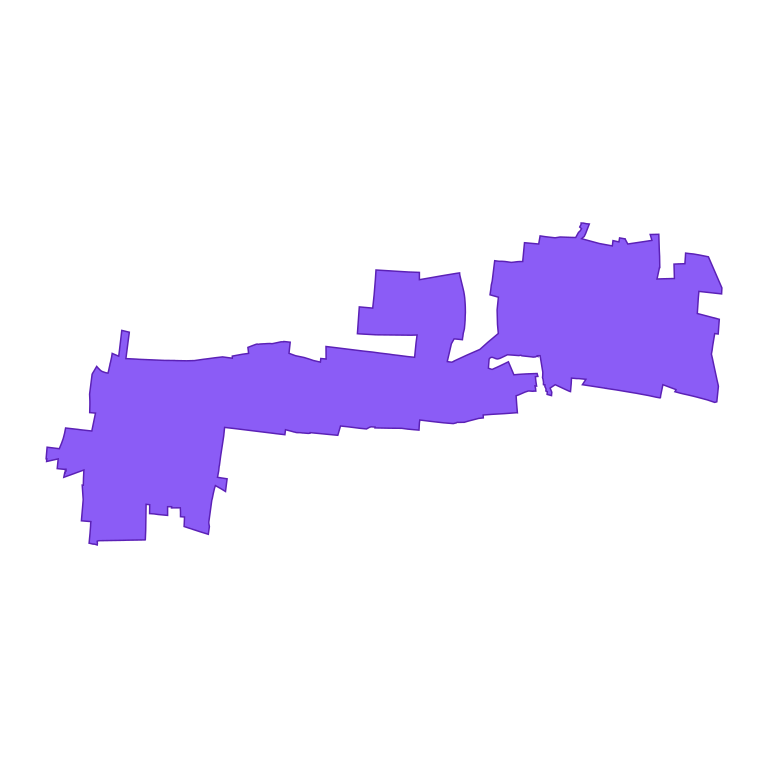 outline of Dzilam González, Yucatán, Mexico
{"feature_id": "50627088B25525768162846", "entity_name": "Dzilam González", "entity_type": "district", "adm_level": 2, "iso_a3": "MEX", "parent_name": "Mexico", "parent_adm1": "Yucatán", "projection": "natural_earth1", "projection_center": [-88.758, 21.324], "detail": "fine", "context": "isolated", "style": "filled", "palette": "violet", "viewbox_px": 768, "rotation_deg": 0, "n_neighbors": 0, "source": "geoboundaries", "source_scale": "gbopen_adm2", "svg_char_len": 6050}
<svg xmlns="http://www.w3.org/2000/svg" viewBox="0 0 768 768"><path d="M650.2,234.5L651.9,240.4L643.3,241.7L627.8,244.0L625.2,239.2L625.2,238.9L619.6,237.9L618.9,241.9L613.0,240.6L612.3,245.9L599.3,243.5L581.6,238.7L583.0,237.4L584.2,236.5L585.6,233.6L589.3,224.0L586.3,223.7L583.5,223.1L581.1,223.0L581.1,224.4L579.7,227.0L581.5,228.7L580.3,230.7L578.5,232.4L575.7,237.5L571.2,237.4L560.1,237.0L555.1,237.8L546.2,236.8L540.1,235.9L538.7,244.0L524.5,242.7L522.7,261.5L518.2,261.6L513.3,262.2L511.3,262.4L505.0,261.5L502.2,261.3L500.8,261.3L499.2,261.3L497.6,261.1L496.1,260.9L494.7,260.7L492.2,281.1L491.3,284.9L490.8,289.4L490.0,294.8L498.4,297.2L497.1,309.9L497.5,324.5L498.3,333.5L492.6,338.3L487.8,342.3L479.9,349.4L466.9,355.1L453.9,361.1L453.9,361.3L452.0,362.1L451.7,362.2L447.3,361.6L447.3,361.2L449.3,352.8L451.4,343.7L454.1,338.9L455.8,339.0L462.4,339.7L462.6,337.8L462.9,336.3L463.0,335.3L463.3,333.0L463.6,332.0L464.4,328.7L464.8,324.4L465.1,320.2L465.2,316.1L465.4,312.4L465.3,307.0L465.2,304.6L465.0,301.4L464.7,297.7L464.3,294.7L463.8,291.8L462.8,287.5L460.5,278.1L459.9,275.5L459.7,274.3L459.6,272.9L456.1,273.4L441.6,275.8L431.4,277.6L419.4,279.7L419.4,272.4L408.6,272.0L376.0,270.0L375.4,279.2L374.1,295.0L373.3,302.6L372.7,308.1L359.3,306.9L357.4,333.7L359.8,333.9L376.1,334.8L411.3,335.2L417.1,335.0L416.1,342.4L414.6,357.3L407.8,356.6L402.4,355.9L397.7,355.3L393.3,354.8L389.3,354.2L380.0,353.1L372.8,352.1L362.7,351.0L348.1,349.2L335.2,347.6L326.0,346.5L326.1,359.0L320.8,358.5L320.4,362.1L313.4,360.5L309.6,359.2L304.1,357.5L295.5,355.7L289.0,353.3L290.2,342.2L283.9,341.5L283.8,341.8L281.1,341.8L273.6,343.4L272.0,343.7L269.9,343.5L266.9,343.6L264.3,343.8L262.9,343.8L261.9,344.0L261.5,343.9L259.3,344.1L259.0,344.2L258.5,344.3L257.4,344.1L257.1,344.1L256.3,344.2L252.5,345.6L247.9,347.4L248.6,353.4L242.6,354.2L232.3,356.1L232.3,358.2L222.6,356.9L215.6,357.7L206.6,358.9L203.3,359.3L194.3,360.6L193.7,360.6L186.6,360.8L175.7,360.6L174.8,360.5L164.3,360.4L138.9,359.3L136.2,359.1L125.9,358.6L126.5,353.9L128.4,339.2L129.1,334.0L129.3,332.2L121.8,330.4L120.6,340.6L119.4,350.8L118.7,356.2L112.4,353.5L112.2,353.4L111.6,357.2L110.8,360.8L110.5,362.2L110.0,364.0L109.9,364.8L109.3,367.5L109.0,368.8L108.9,369.4L108.0,373.1L106.6,372.9L105.4,372.6L102.5,371.6L101.8,371.3L100.8,370.6L100.2,370.1L99.7,369.6L99.3,369.2L98.6,368.5L98.1,368.0L96.7,366.4L93.7,371.5L92.7,373.1L92.1,374.3L89.6,394.1L89.9,401.1L89.9,404.8L89.7,412.6L95.5,413.1L91.8,431.0L80.8,429.8L78.0,429.4L75.3,429.1L65.6,428.0L64.6,433.2L63.6,437.1L63.1,438.9L61.6,443.1L59.3,448.7L47.1,447.2L46.1,458.8L46.8,458.8L46.6,461.5L58.2,458.9L57.2,468.6L60.9,469.0L64.1,469.3L66.0,469.2L66.1,470.9L65.2,470.9L65.1,472.9L64.7,472.8L63.8,477.3L80.3,471.3L83.9,470.0L83.5,477.9L83.3,485.2L82.2,485.1L83.2,499.7L81.4,520.8L90.9,521.6L90.6,524.3L90.6,525.7L90.0,533.7L89.1,543.2L90.2,543.4L91.3,543.7L93.0,544.1L94.2,544.1L95.1,544.3L97.2,545.0L97.4,543.7L97.2,541.2L98.7,540.7L123.9,540.3L126.6,540.2L145.2,539.9L145.3,539.8L145.7,530.2L145.8,523.3L146.1,504.3L149.7,504.7L149.6,513.6L154.0,513.9L158.1,514.5L164.5,515.1L167.6,515.4L167.6,506.7L168.9,506.7L171.6,506.7L171.5,507.9L180.3,507.8L180.5,512.0L180.5,516.7L184.5,517.0L184.4,519.8L184.1,526.5L186.2,527.2L187.7,527.7L189.5,528.3L199.9,531.7L208.3,534.3L209.4,526.6L208.9,523.7L208.8,522.2L211.8,500.2L212.3,498.5L213.2,493.9L214.5,488.3L215.4,485.6L216.3,486.1L220.6,488.5L225.5,491.5L227.1,478.8L224.5,478.4L221.2,477.9L217.5,477.3L218.7,470.9L219.2,466.0L219.4,465.6L220.7,455.7L222.4,444.7L223.7,436.1L224.6,427.4L236.6,428.8L273.3,433.3L275.5,433.6L284.9,434.7L285.5,429.7L291.2,431.2L292.3,431.5L294.0,432.0L294.8,432.1L296.4,432.6L300.7,432.7L302.7,433.0L303.5,433.0L308.3,433.4L310.1,433.2L310.2,432.6L313.8,433.0L337.8,435.3L340.5,426.0L348.0,426.8L360.0,428.3L366.1,428.9L366.6,428.9L369.5,427.3L371.1,426.8L372.6,426.9L375.1,427.1L375.0,427.9L390.0,428.2L401.6,428.3L407.7,429.1L414.0,429.7L419.0,430.1L419.4,423.0L419.8,420.0L431.9,421.5L443.4,422.8L453.3,423.6L456.5,422.8L457.1,422.3L458.8,422.4L464.3,422.3L468.3,421.1L476.8,418.9L478.7,418.4L483.3,417.9L483.2,415.0L492.5,414.3L504.9,413.6L516.9,412.7L517.4,412.8L516.7,404.5L516.1,395.8L518.6,394.9L525.0,392.1L528.3,391.0L529.3,391.0L533.1,391.3L533.4,391.1L535.8,391.1L535.6,388.6L535.0,385.9L536.6,386.1L535.9,381.6L535.4,376.6L537.9,376.4L537.1,373.5L526.8,373.9L522.9,374.1L518.2,374.4L513.9,374.8L508.4,361.8L499.7,366.0L496.9,367.3L494.4,368.4L492.2,369.4L491.6,369.3L488.4,368.2L489.1,359.1L489.9,358.1L490.7,357.5L491.8,357.3L492.7,357.4L494.0,357.9L494.6,358.1L495.4,358.5L496.9,358.9L497.9,358.9L498.6,358.7L499.8,358.4L500.5,358.1L502.0,357.4L507.6,354.7L508.0,354.8L512.6,355.1L518.8,355.6L520.9,355.2L521.8,355.8L525.5,356.2L531.9,356.9L533.1,357.1L535.5,356.9L536.9,356.2L537.6,356.4L537.3,355.8L537.7,355.7L540.1,355.7L542.8,372.2L542.7,375.6L542.5,377.6L543.0,379.2L543.5,382.2L543.4,384.2L543.5,384.7L544.3,384.7L544.9,384.8L544.9,386.7L545.9,388.6L546.0,389.6L545.9,390.8L546.1,391.3L547.3,391.6L547.1,394.4L551.5,395.6L551.8,392.2L550.1,388.1L555.2,384.7L568.5,390.9L569.7,391.4L570.5,391.6L571.2,383.7L571.5,378.1L576.7,378.6L579.0,378.6L585.9,379.3L582.4,384.7L604.0,388.0L604.5,388.0L604.8,388.2L606.1,388.4L606.5,388.3L606.8,388.5L616.2,389.9L634.0,392.9L636.0,393.2L640.2,394.0L648.4,395.5L656.2,397.2L660.1,397.9L660.3,397.6L660.5,397.3L660.6,395.9L661.1,393.4L662.2,388.1L662.9,384.7L676.0,389.6L675.8,390.3L674.9,391.7L680.4,393.2L683.3,393.9L687.4,394.8L692.9,396.1L696.5,397.0L707.3,399.9L714.7,402.4L715.8,402.1L716.8,401.8L718.4,386.4L718.1,384.7L717.1,380.4L713.7,364.6L712.4,358.4L711.4,354.1L712.1,350.3L712.7,345.7L714.7,333.6L718.2,334.0L719.3,319.3L697.3,313.5L698.3,298.1L698.9,291.4L721.6,293.9L721.9,287.9L708.4,256.8L699.9,255.1L693.6,254.0L691.7,253.8L688.8,253.5L685.6,253.1L685.4,256.6L684.9,263.7L678.5,263.9L674.0,264.1L674.4,278.5L662.7,278.8L657.0,279.0L659.5,267.5L659.8,267.5L659.7,263.0L659.6,256.4L659.3,250.3L658.8,234.3L650.2,234.5Z" fill="#8b5cf6" stroke="#5b21b6" stroke-width="1.5"/></svg>